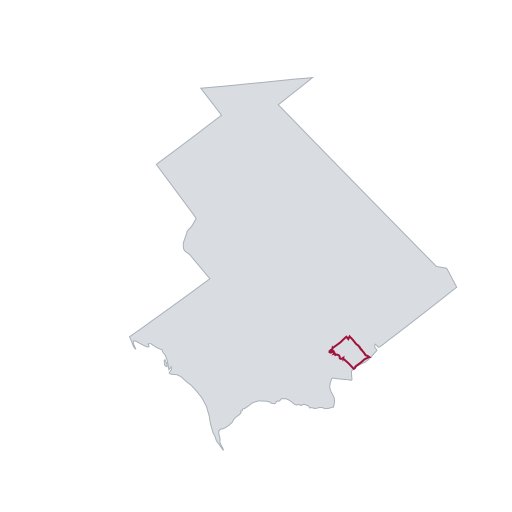 location of Tintane, Hodh el Gharbi, Mauritania, rotated 323°
{"feature_id": "47542326B49589683558539", "entity_name": "Tintane", "entity_type": "district", "adm_level": 2, "iso_a3": "MRT", "parent_name": "Mauritania", "parent_adm1": "Hodh el Gharbi", "projection": "albers", "projection_center": [-10.457, 15.991], "detail": "fine", "context": "in_parent", "style": "outline", "palette": "rose", "viewbox_px": 512, "rotation_deg": 323, "n_neighbors": 0, "source": "geoboundaries", "source_scale": "gbopen_adm2", "svg_char_len": 5217}
<svg xmlns="http://www.w3.org/2000/svg" viewBox="0 0 512 512"><g transform="rotate(323 256 256)"><path d="M222.4,421.4L221.8,421.2L219.1,419.3L217.8,417.0L215.6,415.2L212.6,414.0L210.7,412.7L209.8,411.2L208.7,410.2L207.5,409.7L207.4,409.1L207.7,408.4L207.5,407.0L205.7,404.0L204.1,402.6L202.7,402.8L201.9,402.4L201.4,401.7L201.3,400.8L200.3,399.9L198.7,399.5L197.4,397.3L196.4,393.1L195.2,389.9L193.6,387.6L192.5,386.7L191.6,386.5L191.3,386.2L191.1,385.5L189.9,385.2L188.1,385.9L186.5,385.7L185.8,384.5L184.7,384.4L183.3,385.3L181.8,385.0L180.2,383.5L179.3,382.0L179.1,380.6L176.3,377.7L170.9,373.2L164.9,371.1L158.4,371.2L154.8,370.9L154.0,370.2L153.2,370.3L152.4,371.0L151.5,371.2L150.6,370.7L150.1,371.1L149.8,372.2L147.5,372.7L143.1,372.6L139.6,373.2L136.9,374.5L133.1,374.9L128.2,374.6L125.3,374.1L124.3,373.2L122.9,373.0L121.0,373.4L119.3,375.5L117.8,379.3L116.5,381.5L115.6,382.0L114.5,384.8L113.8,389.7L112.9,391.7L113.2,379.7L114.7,375.3L115.3,371.3L118.6,362.7L122.3,355.7L125.9,346.3L127.4,337.2L127.2,328.2L126.4,320.2L124.9,314.8L123.5,307.2L121.3,303.1L117.1,299.4L116.2,297.3L117.2,296.6L119.8,296.1L121.6,293.5L118.0,294.4L122.3,286.1L123.8,280.4L123.7,276.7L124.5,274.4L121.5,269.3L119.3,262.9L118.1,261.8L116.8,261.3L116.6,262.8L115.9,264.1L114.4,263.2L111.9,258.6L108.4,251.0L107.1,250.2L106.0,251.1L105.3,252.1L103.9,258.3L103.5,255.8L104.2,252.9L105.2,249.4L106.4,244.4L109.6,244.5L115.4,244.7L126.9,245.0L132.6,245.1L144.1,245.4L149.9,245.5L161.4,245.8L167.1,245.9L178.7,246.1L184.4,246.2L195.9,246.3L201.7,246.4L205.5,246.4L205.3,242.9L205.1,240.1L205.0,236.3L204.8,232.5L204.6,228.8L204.4,225.2L204.2,221.7L204.1,218.4L203.9,215.4L203.6,213.7L202.4,210.2L202.2,208.5L202.5,206.7L203.4,205.1L205.6,202.0L209.0,199.7L213.0,197.0L215.9,194.9L217.5,194.4L222.1,193.7L225.8,192.2L229.3,190.7L230.8,189.8L231.0,186.9L231.5,122.8L248.9,122.9L253.4,123.0L285.4,123.0L289.9,122.9L313.2,122.8L313.2,119.8L313.1,115.5L313.1,109.5L313.0,103.6L312.9,93.2L312.9,88.8L317.5,91.7L326.7,97.4L331.3,100.3L340.6,106.0L349.9,111.6L359.2,117.3L363.8,120.2L368.5,123.0L373.1,125.8L377.8,128.6L387.2,134.3L391.1,136.6L397.1,140.4L402.8,144.0L408.5,147.5L399.8,147.8L388.3,148.1L380.5,148.2L372.4,148.4L364.8,148.6L365.6,154.6L366.4,161.2L367.3,167.7L368.1,174.3L368.9,180.9L371.4,200.7L372.3,207.3L373.1,213.9L374.0,220.5L374.8,227.1L376.5,240.4L377.4,247.0L378.2,253.6L379.1,260.3L379.9,266.9L380.8,273.5L382.5,286.8L383.4,293.4L384.2,300.1L385.1,306.7L386.0,313.4L386.8,320.0L387.7,326.7L388.6,333.3L390.3,346.6L391.2,353.3L392.1,359.9L393.0,366.6L393.8,373.0L397.0,376.3L400.9,380.5L400.0,386.6L398.8,393.8L397.5,401.7L386.8,401.9L376.2,402.2L349.9,402.6L344.6,402.7L318.2,403.0L313.0,403.0L302.8,403.1L299.8,403.0L298.7,402.4L298.3,398.3L297.4,398.6L296.3,399.8L295.8,401.0L296.0,402.7L295.8,404.2L292.4,404.8L287.9,405.7L283.0,406.5L278.2,406.2L276.5,405.9L274.7,405.4L270.9,404.8L268.8,404.7L266.4,404.9L263.5,405.2L262.6,405.9L260.4,409.0L258.3,412.5L257.0,412.5L255.5,410.5L251.3,406.9L246.2,402.1L243.9,399.7L242.7,399.4L240.3,401.1L238.2,402.7L236.0,405.0L235.0,407.2L234.2,409.8L233.8,412.9L233.0,416.5L231.2,419.4L229.1,421.6L227.6,422.6L227.0,423.2L222.4,421.4ZM120.0,288.2L118.3,290.8L117.6,289.8L117.4,288.0L118.9,285.6L119.6,284.4L120.9,284.0L120.0,288.2Z" fill="#d9dde1" stroke="#a8b0b8" stroke-width="1"/><path d="M279.6,374.9L278.9,374.9L274.8,375.3L273.7,375.5L272.0,375.7L270.6,375.8L266.9,375.7L261.9,375.6L261.9,375.4L260.9,376.3L260.9,376.2L260.7,376.1L260.2,376.4L260.0,376.5L259.7,376.4L259.2,376.1L258.6,376.4L258.2,376.2L257.8,376.3L257.4,376.3L257.1,376.8L256.8,377.2L256.5,377.3L256.2,377.5L257.0,377.3L257.4,376.9L257.6,376.9L258.0,376.7L258.0,377.1L258.3,376.8L259.0,376.9L259.1,377.4L259.1,377.6L259.4,377.6L259.5,378.1L259.2,378.2L258.6,378.1L258.4,378.3L259.1,378.5L259.4,378.7L259.6,378.3L259.9,378.2L260.1,378.1L260.5,378.3L260.6,378.5L260.0,378.9L259.8,379.0L260.5,378.8L260.6,379.1L260.5,379.7L260.4,379.8L260.3,380.3L260.3,380.5L260.2,380.8L260.0,381.0L259.6,380.8L259.3,380.9L259.8,381.1L259.4,381.5L259.7,381.4L260.0,381.4L260.3,382.1L260.1,382.1L259.8,382.8L260.6,383.1L261.4,383.5L261.5,383.8L261.8,384.2L262.3,384.9L262.4,385.4L262.4,385.6L262.4,386.0L262.3,386.4L262.1,387.0L261.7,387.4L261.6,387.5L261.5,387.9L261.6,388.1L261.5,388.8L261.7,389.1L261.9,389.2L262.9,389.7L264.2,389.8L263.8,390.1L263.6,390.6L263.8,390.5L263.8,390.9L264.1,391.0L264.6,394.1L264.9,395.1L265.4,398.1L266.0,403.6L266.2,405.0L267.1,405.0L267.9,404.9L268.5,404.6L268.8,404.1L275.5,404.2L280.6,403.8L285.4,404.8L285.6,404.9L284.9,402.7L284.5,402.3L284.0,401.6L284.0,401.3L283.8,400.7L283.9,400.3L283.8,400.1L283.9,399.8L284.0,399.5L284.0,399.4L284.0,399.2L283.9,398.8L283.9,398.6L284.0,398.4L284.0,398.1L284.0,397.7L283.8,395.7L284.0,394.7L283.8,394.3L283.5,393.8L283.5,393.6L283.9,392.9L283.8,392.4L283.7,392.3L283.7,392.2L283.8,392.0L283.8,391.8L283.8,391.6L283.7,391.5L283.7,391.4L283.8,391.3L283.7,391.2L283.8,390.9L283.9,390.2L283.8,389.7L283.7,388.9L283.7,388.4L283.1,387.2L283.1,386.5L282.9,385.7L283.0,385.1L283.0,384.0L282.9,382.6L282.9,381.2L282.7,379.4L282.5,377.9L282.3,377.3L282.3,376.6L279.7,377.9L279.6,374.9L279.6,374.9Z" fill="none" stroke="#9f1239" stroke-width="2"/></g></svg>